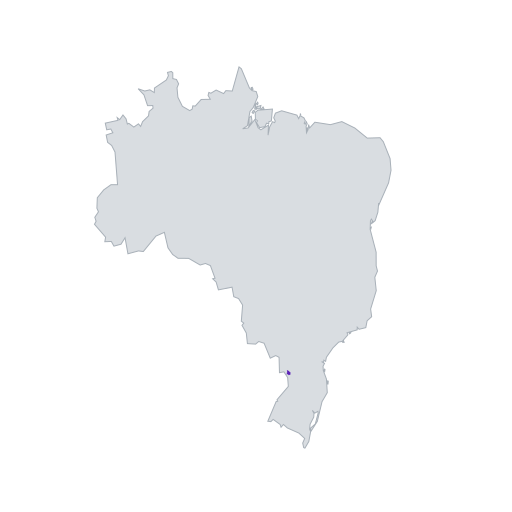 Santa Izabel do Oeste, Paraná, Brazil shown in context, rotated 348°
{"feature_id": "56859067B10630725090155", "entity_name": "Santa Izabel do Oeste", "entity_type": "district", "adm_level": 2, "iso_a3": "BRA", "parent_name": "Brazil", "parent_adm1": "Paraná", "projection": "equal_earth", "projection_center": [-53.411, -25.778], "detail": "fine", "context": "in_parent", "style": "filled", "palette": "violet", "viewbox_px": 512, "rotation_deg": 348, "n_neighbors": 0, "source": "geoboundaries", "source_scale": "gbopen_adm2", "svg_char_len": 4493}
<svg xmlns="http://www.w3.org/2000/svg" viewBox="0 0 512 512"><g transform="rotate(348 256 256)"><path d="M159.2,99.8L163.3,104.5L168.5,102.3L170.1,105.3L173.0,101.0L180.0,96.6L181.5,92.4L186.0,90.0L186.3,87.4L181.2,86.4L179.9,75.1L175.5,67.9L181.5,71.5L186.7,71.4L190.5,75.0L191.6,70.6L204.9,65.2L207.8,61.5L207.6,58.0L211.6,57.9L212.7,59.5L211.5,65.2L214.9,66.8L216.1,71.5L213.7,75.1L212.6,84.5L215.1,94.3L221.4,100.0L224.1,99.1L225.4,96.0L227.8,96.7L234.9,91.5L243.9,93.2L242.5,89.0L243.9,86.2L245.7,87.4L251.5,85.4L258.1,90.4L260.9,88.0L267.1,89.7L278.7,67.5L280.6,69.8L284.5,90.3L286.5,93.4L290.4,95.2L290.9,100.4L284.2,110.2L280.1,113.4L274.7,126.8L269.4,128.8L275.0,129.1L283.2,122.3L284.7,131.0L287.0,133.6L295.4,130.6L292.9,140.3L296.2,132.6L300.1,128.1L302.0,129.4L302.9,128.0L302.1,124.5L304.7,120.3L311.3,119.3L325.3,126.7L326.3,130.5L328.3,127.9L331.6,130.8L332.4,134.0L330.7,136.2L331.5,137.3L333.2,135.2L333.6,137.3L332.0,139.4L331.0,146.0L333.2,143.3L334.8,138.4L335.1,141.9L341.4,137.4L356.1,143.0L367.9,142.4L379.3,151.4L389.3,163.8L401.9,166.1L404.3,170.7L407.4,188.6L405.9,200.2L400.9,212.0L387.0,231.3L387.0,229.7L384.3,238.5L379.9,246.2L377.9,247.3L376.5,243.9L375.2,245.6L373.2,253.8L374.3,277.2L371.5,290.6L371.7,296.0L367.8,301.5L366.4,314.9L357.1,331.7L356.5,339.4L351.2,342.5L348.5,348.9L341.6,349.1L340.2,346.7L339.6,349.3L329.1,350.0L329.5,352.2L322.7,357.4L319.0,357.4L312.2,361.8L303.8,369.7L302.2,373.5L300.7,372.0L300.1,373.7L298.2,373.0L300.7,375.3L298.7,377.7L298.0,381.9L299.3,391.0L297.3,404.5L290.3,412.2L281.6,430.5L273.5,438.7L273.3,435.9L279.1,432.6L284.1,422.6L284.3,420.8L280.9,421.9L279.0,418.7L280.0,421.9L279.0,425.6L274.0,431.7L272.4,436.5L272.9,439.2L269.1,448.4L263.9,454.1L262.8,453.3L262.8,448.7L265.7,444.6L261.1,438.1L250.9,430.7L247.8,426.5L244.9,428.7L244.6,425.8L238.8,419.4L236.1,421.1L233.2,420.1L245.5,402.5L247.0,402.6L246.7,400.9L260.5,390.3L261.7,381.5L259.2,375.1L254.7,375.0L257.5,359.9L254.6,357.5L248.7,358.9L245.8,343.0L240.9,340.2L237.3,342.1L229.4,339.9L230.5,329.3L227.9,320.9L230.1,319.1L228.1,316.7L232.7,301.2L230.1,294.0L225.8,291.2L226.1,281.5L212.2,281.3L211.6,273.2L208.9,269.3L211.3,269.2L209.4,255.9L205.0,252.8L199.5,253.2L189.6,244.3L179.2,242.0L174.8,237.2L171.6,229.7L171.3,213.8L162.3,215.7L146.7,228.2L142.1,226.6L131.2,227.2L131.7,210.9L126.4,216.4L119.1,216.8L117.5,211.7L111.1,210.6L112.8,206.3L104.6,191.4L106.8,188.8L106.4,184.6L111.1,180.0L110.3,176.2L112.9,166.0L120.9,159.6L129.0,156.1L135.4,157.5L139.7,125.0L137.8,117.9L134.5,114.0L134.6,106.5L141.6,105.7L140.4,101.6L136.2,101.5L136.2,94.7L149.2,94.6L149.0,91.8L151.0,94.3L155.2,90.4L157.4,94.8L157.6,100.2L159.2,99.8ZM288.2,113.8L302.6,115.7L299.1,127.1L296.5,127.3L296.0,129.3L293.9,128.3L291.6,131.3L286.2,131.2L284.2,125.5L285.6,124.1L283.9,122.0L285.1,115.4L288.2,113.8ZM275.9,127.5L278.1,119.3L280.4,118.2L280.2,123.2L275.9,127.5ZM292.1,109.8L290.7,112.8L287.5,112.1L288.0,110.1L292.1,109.8ZM287.2,106.4L286.7,112.6L285.3,112.0L287.2,106.4ZM294.4,113.7L292.4,114.1L291.4,113.5L293.9,111.7L294.4,113.7ZM285.0,113.9L282.9,116.0L282.0,114.9L283.6,113.1L285.0,113.9ZM288.9,108.4L287.9,107.2L289.6,105.9L289.8,107.1L288.9,108.4ZM287.8,92.3L286.6,92.6L286.3,90.3L287.4,90.2L287.8,92.3ZM299.7,396.6L299.3,394.7L300.3,393.0L300.6,393.5L299.7,396.6ZM324.0,356.7L324.2,358.8L322.8,358.4L324.0,356.7ZM299.2,383.2L298.6,382.1L299.6,380.9L299.9,381.4L299.2,383.2ZM332.8,141.9L331.9,144.3L332.9,140.9L332.8,141.9ZM377.1,247.7L375.6,248.3L376.6,246.5L377.1,247.7ZM332.8,350.8L331.4,351.6L331.1,351.1L332.0,350.2L332.8,350.8ZM374.7,251.9L374.1,253.1L373.8,252.3L374.7,251.9ZM329.0,125.8L329.1,127.1L328.7,126.9L329.0,125.8Z" fill="#d9dde1" stroke="#a8b0b8" stroke-width="1"/><path d="M264.1,378.5L264.2,378.4L264.2,378.5L264.3,378.5L264.3,378.4L264.2,378.4L264.0,378.2L264.1,377.9L263.9,377.8L264.0,377.7L264.0,377.8L264.1,377.7L263.9,377.6L264.0,377.5L263.9,377.4L263.8,377.2L264.0,377.2L263.9,377.1L264.0,377.0L264.1,376.9L264.2,377.0L264.2,376.9L264.0,376.7L263.9,376.7L264.0,376.7L263.9,376.6L264.0,376.5L264.0,376.4L263.9,376.3L263.8,376.2L263.7,376.1L263.7,375.9L263.6,375.7L263.6,375.8L263.5,375.7L263.4,375.6L263.3,375.8L263.2,375.7L263.2,375.8L263.1,376.0L263.2,376.3L263.1,376.5L263.2,376.8L263.2,377.0L262.9,377.1L263.0,377.2L263.0,377.3L262.9,377.4L263.0,377.4L263.0,377.5L263.1,377.8L263.2,378.0L263.3,378.0L263.5,378.2L263.5,378.3L263.8,378.4L263.9,378.5L264.0,378.5L264.1,378.5Z" fill="#8b5cf6" stroke="#5b21b6" stroke-width="1.5"/></g></svg>